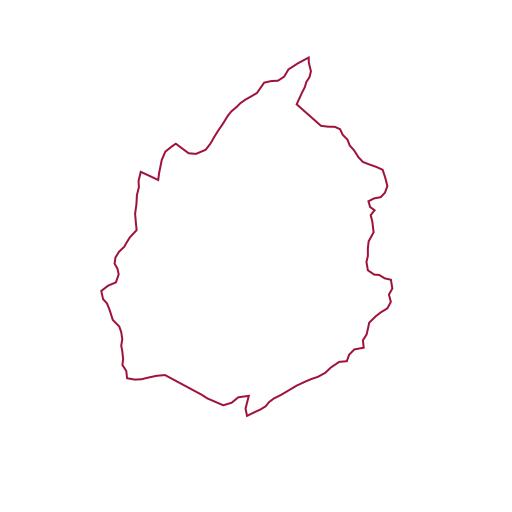 Manduri, São Paulo, Brazil, rotated 225°
{"feature_id": "56859067B58840699865224", "entity_name": "Manduri", "entity_type": "district", "adm_level": 2, "iso_a3": "BRA", "parent_name": "Brazil", "parent_adm1": "São Paulo", "projection": "orthographic", "projection_center": [-49.301, -23.049], "detail": "fine", "context": "isolated", "style": "outline", "palette": "rose", "viewbox_px": 512, "rotation_deg": 225, "n_neighbors": 0, "source": "geoboundaries", "source_scale": "gbopen_adm2", "svg_char_len": 1872}
<svg xmlns="http://www.w3.org/2000/svg" viewBox="0 0 512 512"><g transform="rotate(225 256 256)"><path d="M260.7,78.4L254.2,83.0L249.8,87.9L246.0,94.2L241.5,101.1L236.1,107.5L196.2,119.5L189.7,120.9L173.6,127.3L169.5,134.9L168.6,143.6L162.2,152.0L155.5,140.7L149.3,136.6L146.4,145.1L144.5,150.1L142.9,156.5L143.5,162.0L142.6,168.0L140.2,175.1L137.8,184.4L135.6,193.1L132.7,201.1L129.8,208.3L126.8,214.3L124.4,222.5L124.2,230.4L122.3,240.0L117.4,245.8L120.4,252.2L120.4,259.5L115.0,267.3L120.8,272.0L122.3,278.7L125.6,284.0L128.8,288.9L128.7,298.3L127.9,304.3L126.1,311.9L128.2,318.9L134.7,322.7L136.6,329.4L143.8,334.6L149.2,331.2L155.5,329.7L159.3,326.4L166.8,325.0L173.7,329.9L176.9,335.1L182.3,340.5L186.7,346.0L189.6,355.9L198.1,362.6L203.8,366.0L204.5,372.2L209.9,371.3L215.2,374.2L213.2,380.3L209.4,385.8L209.6,392.0L212.5,398.3L219.5,402.5L227.4,406.5L234.3,403.9L240.9,400.7L246.9,398.1L253.5,398.3L261.6,400.1L267.8,400.4L273.7,403.0L280.4,403.0L286.2,405.1L291.6,403.1L296.6,398.3L302.1,394.0L334.5,392.0L338.8,403.5L340.9,410.0L343.5,414.7L344.6,420.2L347.7,425.4L355.4,430.1L359.1,433.6L360.9,427.5L362.6,422.0L365.0,410.9L362.9,402.8L364.4,395.5L368.9,390.5L372.8,384.4L370.6,371.9L372.5,364.6L374.1,358.9L375.1,353.0L375.1,347.5L375.7,340.8L375.1,335.3L373.0,326.5L371.4,318.0L369.8,311.0L367.7,303.3L366.7,295.5L370.7,285.7L376.3,281.0L392.1,278.7L393.1,273.2L393.9,265.6L390.5,257.2L383.0,245.9L378.9,240.6L388.6,237.1L397.0,234.0L392.1,226.0L387.5,221.9L383.3,214.9L377.1,208.0L371.4,200.4L364.5,194.6L358.7,189.9L358.4,180.1L357.2,174.8L355.7,169.3L355.9,162.2L354.3,155.5L350.6,150.6L345.0,149.1L340.1,145.9L336.4,138.3L339.6,130.5L340.7,121.9L333.7,117.4L327.8,117.1L321.1,114.2L312.0,109.5L302.9,109.5L297.5,106.9L291.7,102.6L287.9,97.3L283.6,94.4L277.1,89.2L273.4,84.5L266.5,83.0L260.7,78.4Z" fill="none" stroke="#9f1239" stroke-width="2"/></g></svg>